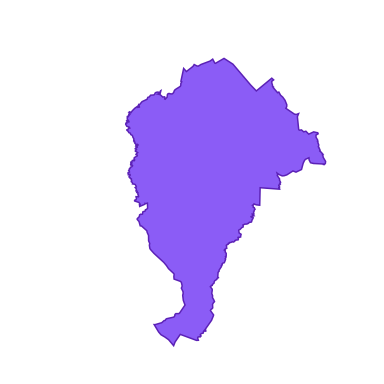 Naucalpan de Juárez, México, Mexico, rotated 303°
{"feature_id": "50627088B48006947471790", "entity_name": "Naucalpan de Juárez", "entity_type": "district", "adm_level": 2, "iso_a3": "MEX", "parent_name": "Mexico", "parent_adm1": "México", "projection": "robinson", "projection_center": [-99.3, 19.474], "detail": "fine", "context": "isolated", "style": "filled", "palette": "violet", "viewbox_px": 384, "rotation_deg": 303, "n_neighbors": 0, "source": "geoboundaries", "source_scale": "gbopen_adm2", "svg_char_len": 6093}
<svg xmlns="http://www.w3.org/2000/svg" viewBox="0 0 384 384"><g transform="rotate(303 192 192)"><path d="M60.2,232.5L56.4,240.3L55.4,243.7L55.6,248.3L55.4,252.8L53.1,260.3L57.0,259.5L66.2,259.7L70.0,276.6L71.1,278.1L72.6,276.3L73.4,276.0L74.5,276.8L74.9,277.8L76.2,278.0L76.4,277.1L77.1,276.6L78.7,277.2L79.6,278.2L81.3,277.6L83.0,277.8L82.3,278.8L83.0,279.3L83.9,278.1L84.4,278.1L84.4,277.9L95.0,278.3L100.1,277.3L100.7,277.0L102.6,272.0L103.9,271.9L105.0,272.4L106.1,272.5L109.0,270.4L110.8,270.3L112.3,270.6L113.6,268.7L114.5,266.8L116.3,265.7L117.7,263.8L120.4,262.6L121.5,261.9L122.5,259.0L123.3,259.3L124.0,259.1L124.7,259.9L125.5,259.5L127.6,260.1L128.9,259.5L130.0,259.4L132.2,260.4L133.2,260.1L134.5,260.8L134.9,259.8L138.9,257.6L140.2,257.9L141.2,257.3L145.6,257.3L146.2,256.7L147.4,257.1L147.9,256.4L149.3,256.7L150.3,257.6L151.9,257.3L153.6,256.9L154.1,256.6L154.1,256.2L156.0,256.0L156.1,255.3L157.0,255.5L159.2,254.1L159.8,252.5L160.7,252.1L160.9,251.7L160.7,250.9L161.4,250.6L161.9,250.8L162.0,251.2L162.8,251.2L163.9,251.8L164.4,251.0L165.6,250.4L166.0,249.8L167.4,250.3L167.8,250.8L168.9,250.5L169.2,251.1L170.2,251.1L170.7,252.0L172.3,252.9L172.3,253.4L172.8,254.2L173.9,254.6L174.6,254.4L175.2,255.0L175.7,255.0L176.9,256.7L177.9,256.5L178.8,255.4L179.2,255.4L179.8,256.5L180.8,257.3L181.4,256.9L183.3,256.2L183.3,253.9L185.2,252.1L186.0,252.1L186.8,252.7L189.4,253.2L190.3,253.9L191.4,253.5L192.0,252.7L193.7,253.7L195.1,255.6L196.0,255.9L196.3,256.4L197.8,256.6L198.9,258.0L199.3,258.2L202.1,257.4L202.5,257.6L203.7,257.4L203.8,256.4L203.2,255.4L203.6,254.9L205.8,256.9L205.9,256.3L205.4,255.7L206.3,254.5L207.3,255.9L208.7,254.5L209.5,254.6L210.6,254.1L211.8,254.3L212.8,252.7L212.5,251.8L213.9,250.6L213.9,250.0L215.2,250.6L215.8,250.5L216.2,252.8L217.8,256.0L232.7,246.8L242.1,264.0L242.5,263.6L242.6,262.6L242.9,262.4L243.5,262.9L244.0,262.7L244.5,261.4L244.9,261.1L245.4,261.1L245.8,261.7L246.8,261.8L247.1,260.8L248.4,261.0L249.6,258.9L250.6,258.4L252.2,254.6L253.0,254.5L254.2,253.1L254.1,255.7L254.6,258.8L255.8,260.4L258.0,262.2L264.6,265.2L265.3,268.4L270.5,271.6L276.6,269.6L279.5,269.2L281.1,269.3L284.4,271.4L282.7,272.7L281.1,275.5L282.1,278.4L287.2,287.2L286.7,287.3L287.0,288.0L288.6,288.3L290.4,287.4L292.6,283.0L293.7,282.2L294.2,281.1L294.7,280.9L295.0,281.2L295.8,278.4L295.9,276.9L296.6,276.8L296.7,276.3L297.4,276.0L297.8,274.8L298.4,274.4L298.7,273.3L299.7,273.1L300.7,272.5L301.9,270.7L302.7,270.4L302.9,269.5L303.9,269.3L305.4,266.3L306.0,265.8L307.3,265.0L309.5,266.1L310.2,265.1L309.9,264.6L308.7,261.3L304.1,258.4L305.0,254.4L303.3,252.9L303.7,250.0L302.4,248.5L302.4,247.8L302.7,247.3L312.5,239.4L315.8,238.7L313.9,237.3L313.1,235.6L313.3,225.2L315.3,224.9L316.8,224.0L319.6,220.0L321.0,216.4L321.4,213.6L323.1,210.4L321.9,209.7L323.8,203.2L324.4,203.2L324.6,201.8L325.4,201.4L326.8,199.7L328.2,198.6L330.5,199.4L330.9,196.9L311.8,190.9L313.7,182.8L321.5,156.7L321.5,146.1L312.7,141.6L312.5,140.9L314.7,137.0L311.6,135.8L303.9,130.1L301.0,128.7L300.4,127.5L300.1,124.4L297.9,124.4L290.0,121.7L291.1,117.7L278.8,122.4L278.8,123.4L277.0,123.5L275.5,124.4L274.3,124.7L268.7,122.1L267.2,122.0L265.6,122.4L263.8,122.2L262.8,121.0L262.1,119.0L261.1,118.3L260.3,118.3L257.9,119.5L255.2,119.0L255.1,118.4L256.7,117.6L256.9,117.2L255.7,115.7L256.3,112.3L255.5,110.0L256.3,110.5L256.8,111.8L260.1,110.7L259.7,110.5L258.0,110.9L257.1,108.8L256.1,107.7L255.2,107.2L253.3,107.4L252.6,107.1L250.6,104.5L248.5,104.4L247.3,103.4L245.3,103.8L240.6,100.9L236.0,100.3L234.5,101.6L233.9,100.9L235.1,101.1L235.8,99.8L235.1,100.0L231.1,98.4L227.7,97.7L225.4,97.6L225.4,96.1L224.5,95.7L224.5,96.5L223.7,97.2L223.1,96.6L221.8,97.1L222.3,97.5L220.5,97.4L220.7,97.0L220.1,96.6L217.9,98.0L217.4,99.3L217.1,98.7L216.5,98.5L216.8,100.5L216.5,100.9L215.9,100.4L216.1,99.7L215.9,99.2L214.9,99.1L214.3,99.8L213.6,99.1L212.7,99.5L211.6,101.5L212.2,104.2L211.7,105.0L210.8,104.1L209.4,104.2L208.6,103.5L208.3,103.8L208.2,105.1L207.4,106.8L207.7,108.3L206.9,109.2L206.8,109.8L207.0,110.4L206.6,111.7L205.8,112.5L204.9,114.3L203.6,115.0L203.7,115.4L203.2,116.2L202.6,116.0L202.6,116.7L202.2,117.4L201.7,117.6L201.5,119.7L202.3,120.3L202.1,121.2L201.5,121.0L201.1,120.2L200.6,120.0L200.6,119.5L200.3,119.7L200.5,120.7L200.1,121.6L199.9,121.7L199.1,120.6L198.8,121.4L197.3,120.9L197.3,122.3L195.5,122.1L195.3,122.4L195.5,123.7L195.4,125.0L193.7,124.5L192.9,124.6L193.2,125.3L193.1,126.1L192.5,126.4L189.4,124.9L187.7,125.6L187.9,126.1L187.7,126.4L187.0,126.6L186.7,126.5L186.0,124.8L184.3,125.0L183.7,124.4L183.2,124.9L183.6,125.7L183.2,125.8L182.4,125.3L181.6,125.6L181.7,126.0L181.3,126.3L182.0,127.0L181.6,127.9L180.5,127.8L179.2,126.9L178.6,127.2L177.5,126.8L176.8,127.3L175.7,127.1L175.4,128.1L174.6,128.7L173.8,127.9L173.1,127.9L171.8,129.2L172.6,129.6L173.0,130.4L172.5,131.0L170.7,130.8L170.3,131.0L170.3,132.3L169.8,132.6L170.0,134.0L169.2,134.3L169.0,135.0L167.9,135.2L167.5,135.6L167.6,136.5L166.8,137.6L166.4,137.7L167.3,139.8L167.3,140.3L166.8,141.4L166.0,142.5L164.8,141.9L164.4,143.4L163.9,143.9L162.4,144.4L162.8,145.7L161.5,146.0L161.9,147.1L160.6,147.8L160.5,148.3L159.0,149.7L158.7,149.6L158.7,148.9L158.0,148.3L157.6,147.6L157.2,147.9L156.8,148.7L155.8,149.1L154.9,149.2L154.2,148.5L153.3,148.6L153.2,148.8L154.3,153.1L153.8,154.6L153.2,155.3L152.8,154.8L151.4,156.0L155.4,158.7L156.7,159.3L156.9,159.0L157.2,159.6L158.4,160.7L154.2,163.6L152.6,163.3L151.8,162.6L150.6,163.0L150.0,162.8L148.9,161.7L148.5,161.6L146.5,162.5L145.9,162.1L145.5,161.1L144.3,160.5L142.7,161.2L139.8,160.6L139.1,161.0L138.4,163.6L135.4,167.0L136.0,168.2L134.9,175.2L133.7,176.4L131.9,179.2L127.4,182.2L125.8,184.6L124.2,185.2L121.8,187.3L121.2,188.4L119.8,193.6L117.6,206.7L116.4,210.6L114.9,214.1L113.7,221.0L113.3,221.8L111.1,222.9L109.2,224.4L110.7,230.8L110.5,232.2L108.1,234.7L107.1,235.2L105.6,235.4L103.3,239.1L102.3,239.5L101.8,240.1L100.5,240.3L96.4,243.7L93.4,247.7L83.5,247.5L82.9,247.2L81.2,244.7L80.1,244.4L78.6,245.0L77.2,244.9L72.0,239.8L71.1,239.4L69.6,239.4L68.9,238.6L65.9,237.8L60.7,233.3L60.2,232.5Z" fill="#8b5cf6" stroke="#5b21b6" stroke-width="1.5"/></g></svg>